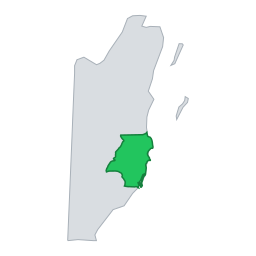 Belize, with Stann Creek highlighted
{"feature_id": "BLZ-1355", "entity_name": "Stann Creek", "entity_type": "District", "adm_level": 1, "iso_a3": "BLZ", "parent_name": "Belize", "parent_adm1": "", "projection": "albers", "projection_center": [-88.471, 16.817], "detail": "fine", "context": "in_parent", "style": "filled", "palette": "green", "viewbox_px": 256, "rotation_deg": 0, "n_neighbors": 0, "source": "natural_earth", "source_scale": "10m", "svg_char_len": 2959}
<svg xmlns="http://www.w3.org/2000/svg" viewBox="0 0 256 256"><path d="M74.6,73.3L74.6,65.7L77.0,59.7L83.9,57.2L92.8,62.5L96.5,64.7L99.8,63.4L104.0,60.2L109.2,51.0L122.3,32.0L127.5,18.5L132.6,15.8L139.9,15.4L146.2,16.2L141.8,26.1L146.2,27.4L150.2,26.4L159.9,26.8L163.6,37.6L162.6,46.7L153.6,70.6L152.4,78.9L148.3,91.2L153.9,99.3L148.7,110.0L146.9,117.0L146.5,127.5L149.2,147.4L144.9,176.1L137.3,188.6L132.6,193.4L124.1,205.8L113.1,209.6L97.7,229.6L94.9,234.9L96.4,240.6L92.8,240.6L78.0,239.6L68.1,240.6L67.7,240.1L68.6,218.6L70.0,185.2L71.0,160.7L72.0,136.7L72.7,118.8L73.7,94.3L74.6,73.3ZM174.8,63.7L170.9,65.4L174.1,60.3L174.6,57.1L179.1,43.7L182.3,43.8L183.2,45.0L174.8,63.7ZM183.0,107.3L176.7,119.5L176.2,116.0L178.9,107.0L182.5,103.9L184.7,100.5L185.2,96.6L188.3,98.5L187.5,102.4L183.0,107.3Z" fill="#d9dde1" stroke="#a8b0b8" stroke-width="1"/><path d="M146.8,132.4L146.9,133.1L147.4,135.1L147.7,136.2L148.5,136.7L150.2,137.3L151.2,138.6L151.9,140.3L152.3,142.2L152.6,144.9L153.0,147.0L152.8,148.0L152.3,148.3L151.6,148.2L150.8,148.5L149.9,149.4L148.7,150.7L147.8,152.2L147.4,153.6L147.7,155.2L149.4,157.8L149.7,159.3L149.8,159.3L150.1,159.5L150.3,159.9L150.3,160.4L150.0,160.5L148.9,160.3L148.5,160.4L147.5,161.3L147.0,161.8L146.9,162.6L146.7,163.0L146.3,163.4L145.9,164.0L145.7,164.9L145.8,166.0L146.2,167.3L146.2,168.2L145.5,174.3L145.0,175.3L144.2,176.0L143.4,177.1L142.5,180.7L142.0,181.8L141.7,183.3L142.3,185.5L141.9,186.3L141.3,187.1L140.8,187.1L140.5,185.8L143.1,175.9L144.5,174.4L145.1,173.5L142.9,174.7L140.6,180.4L138.8,182.5L139.4,182.6L140.5,183.1L140.0,183.4L139.5,183.5L139.0,183.5L138.2,183.1L138.4,183.9L138.6,184.3L139.1,184.3L139.9,184.3L139.9,184.9L139.1,185.5L138.4,186.3L138.3,187.4L138.5,187.8L137.5,187.4L137.3,186.8L137.0,186.7L136.1,186.6L134.4,186.9L134.0,186.9L133.6,186.8L132.7,186.8L132.4,186.8L129.1,186.6L128.8,186.6L128.3,186.7L124.9,186.2L124.4,186.0L124.6,185.6L124.7,185.4L124.9,185.1L124.9,184.7L125.0,184.4L125.1,183.0L125.2,182.4L125.2,182.1L125.2,181.8L125.1,181.4L124.7,180.7L124.5,180.4L124.3,180.0L124.1,179.6L123.9,179.3L123.7,179.0L123.4,178.5L122.4,177.4L122.0,176.9L122.0,176.5L122.3,175.7L122.3,175.3L122.3,175.0L122.1,174.6L121.8,173.9L121.6,173.5L121.2,173.1L118.3,171.5L117.1,171.2L115.2,171.0L108.9,171.1L106.5,171.9L106.2,170.8L106.2,170.4L106.7,168.7L107.6,167.1L108.1,165.7L110.4,162.2L110.8,161.8L111.2,161.5L112.8,160.9L114.3,160.7L114.7,160.6L114.9,160.4L115.0,160.1L114.6,159.8L113.6,159.0L113.5,158.6L113.6,158.4L114.1,157.9L114.9,157.5L115.2,157.3L115.4,157.0L115.5,156.7L115.6,156.2L115.5,155.1L115.5,154.7L115.7,153.5L115.7,153.0L115.6,152.6L115.6,152.2L115.8,151.8L118.3,149.1L118.9,148.1L119.3,147.7L120.2,147.0L120.7,146.2L121.3,145.2L121.8,143.9L122.6,142.1L122.9,141.7L123.4,141.4L123.8,141.0L123.8,140.3L123.2,139.7L122.1,138.6L120.9,136.7L120.6,135.9L120.8,135.1L142.8,134.7L143.6,134.4L144.1,134.2L145.8,133.5L146.8,132.4Z" fill="#22c55e" stroke="#15803d" stroke-width="1.5"/></svg>